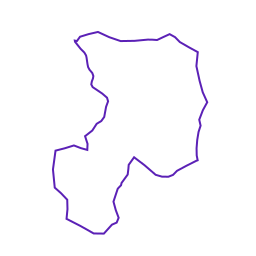 Salyan, Equal Earth projection, rotated 350°
{"feature_id": "AZE-1715", "entity_name": "Salyan", "entity_type": "District", "adm_level": 1, "iso_a3": "AZE", "parent_name": "Azerbaijan", "parent_adm1": "", "projection": "equal_earth", "projection_center": [49.041, 39.634], "detail": "fine", "context": "isolated", "style": "outline", "palette": "violet", "viewbox_px": 256, "rotation_deg": 350, "n_neighbors": 0, "source": "natural_earth", "source_scale": "10m", "svg_char_len": 1168}
<svg xmlns="http://www.w3.org/2000/svg" viewBox="0 0 256 256"><g transform="rotate(350 128 128)"><path d="M210.5,116.4L204.8,123.5L199.6,132.2L199.9,138.3L196.8,144.1L194.1,151.8L192.0,159.9L190.9,167.0L191.0,171.9L189.4,172.2L179.1,175.3L168.8,178.7L164.2,182.0L159.3,183.0L153.0,181.8L147.1,178.9L137.8,167.5L128.9,157.9L122.3,164.4L121.3,168.2L119.6,173.8L112.1,181.0L111.2,183.2L108.4,185.2L107.3,186.1L100.9,198.0L101.7,206.7L103.2,214.8L100.4,219.2L95.4,220.4L85.9,227.8L75.9,225.9L64.0,216.1L51.7,206.8L54.3,197.4L55.7,188.1L50.8,180.7L45.5,174.0L46.9,155.8L52.7,137.7L62.1,137.0L71.7,135.8L78.2,139.7L84.1,142.5L85.4,136.6L84.3,128.6L92.4,124.3L97.9,118.4L102.9,116.5L106.5,113.0L110.1,103.3L113.0,98.3L112.6,94.5L108.6,89.6L100.3,81.6L99.4,78.7L100.5,75.8L102.1,73.1L102.9,70.8L102.4,67.7L100.2,63.9L99.3,61.1L99.2,58.2L99.4,51.6L99.3,49.3L98.1,46.1L95.1,41.8L90.8,33.9L90.8,32.7L92.8,33.5L96.6,29.8L105.5,28.7L115.1,28.2L125.3,35.3L135.8,41.1L149.5,43.3L162.9,44.4L167.5,45.3L171.9,46.4L178.8,44.5L185.3,42.8L190.1,46.7L194.0,52.4L201.9,59.0L209.9,65.4L206.1,78.9L206.7,94.0L207.8,105.8L210.5,116.4Z" fill="none" stroke="#5b21b6" stroke-width="2"/></g></svg>